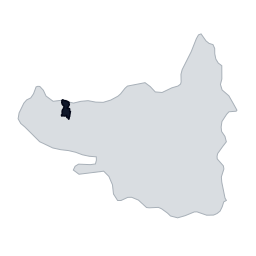 Ramón Santana, San Pedro de Macorís, Dominican Republic shown in context, rotated 178°
{"feature_id": "3306468B54245916691578", "entity_name": "Ramón Santana", "entity_type": "district", "adm_level": 2, "iso_a3": "DOM", "parent_name": "Dominican Republic", "parent_adm1": "San Pedro de Macorís", "projection": "equal_earth", "projection_center": [-69.151, 18.515], "detail": "fine", "context": "in_parent", "style": "filled", "palette": "ink", "viewbox_px": 256, "rotation_deg": 178, "n_neighbors": 0, "source": "geoboundaries", "source_scale": "gbopen_adm2", "svg_char_len": 3698}
<svg xmlns="http://www.w3.org/2000/svg" viewBox="0 0 256 256"><g transform="rotate(178 128 128)"><path d="M32.1,187.0L32.5,173.7L34.1,168.3L32.6,162.7L26.1,156.7L22.0,148.9L18.5,142.0L19.3,141.0L26.5,140.7L29.0,138.2L33.9,131.2L34.9,125.6L34.6,121.3L31.4,116.2L30.2,110.8L34.1,106.1L39.3,99.3L40.0,96.6L39.9,94.0L34.0,86.8L33.6,83.7L36.4,75.9L36.2,70.7L33.5,54.6L32.2,52.2L34.9,50.8L36.6,46.0L38.9,41.7L42.0,39.4L45.5,38.0L52.4,38.1L62.0,41.8L64.7,41.8L73.9,38.4L81.5,36.5L88.6,38.6L91.5,41.6L97.4,46.2L100.4,47.6L109.7,47.5L112.3,47.9L120.1,55.6L126.7,58.6L130.6,58.7L137.5,55.8L140.9,55.9L144.8,62.5L145.5,71.8L148.8,80.3L153.8,85.7L178.6,83.5L184.1,87.9L182.2,91.6L178.7,93.6L166.9,92.7L161.8,93.2L160.7,96.9L160.7,100.3L167.6,101.1L174.4,102.8L181.2,105.6L188.2,107.5L196.1,108.7L203.9,110.7L216.8,117.4L231.1,132.7L235.0,136.2L237.5,141.0L236.3,146.9L231.2,156.5L228.3,159.6L224.1,161.5L221.2,165.5L218.4,172.3L216.7,172.8L214.7,172.6L211.3,168.7L208.8,162.8L201.9,157.3L193.7,158.0L181.6,154.8L174.2,156.3L166.9,156.7L159.4,155.0L151.9,154.5L144.3,156.5L137.0,160.1L134.3,162.3L129.6,167.8L127.1,169.9L109.4,172.7L104.3,168.6L99.5,163.1L92.7,162.3L82.8,166.6L76.6,168.2L74.0,170.0L73.3,172.1L73.2,179.8L71.8,184.5L62.1,202.2L56.6,214.8L54.3,218.6L51.7,219.5L47.0,212.3L44.0,209.7L40.2,208.4L38.6,204.5L38.7,199.1L37.8,193.8L35.5,189.7L32.1,187.0Z" fill="#d9dde1" stroke="#a8b0b8" stroke-width="1"/><path d="M187.0,139.0L186.8,139.0L186.7,139.1L186.6,139.3L186.6,139.8L186.5,140.1L186.4,140.2L186.4,140.4L186.4,140.9L186.4,141.1L186.0,141.5L185.9,141.6L185.9,141.8L185.9,142.1L185.9,142.3L185.8,142.6L185.7,142.8L185.7,143.4L185.7,143.6L185.6,143.8L185.4,144.1L185.4,144.3L185.4,144.5L185.4,144.8L185.3,145.3L185.2,145.6L185.2,145.9L185.0,146.2L185.0,146.4L185.3,146.4L185.5,146.3L185.7,146.5L185.7,149.0L185.8,149.4L186.0,149.5L186.5,149.7L186.8,149.8L187.2,149.7L187.3,149.6L187.7,149.6L187.9,149.6L188.0,149.7L188.1,149.8L188.0,150.5L187.9,150.7L187.7,150.8L187.3,151.1L187.1,151.2L186.8,151.7L186.5,152.0L186.4,152.4L186.1,152.8L185.9,153.2L185.9,153.3L185.8,153.9L186.0,154.0L186.2,154.4L186.2,154.5L186.2,154.8L186.3,154.8L186.3,155.0L186.4,155.3L186.2,155.4L186.1,155.5L186.3,155.7L186.3,155.8L186.5,155.9L186.6,156.0L186.8,156.2L186.9,156.3L187.0,156.3L187.2,156.5L187.3,156.5L187.5,156.5L187.8,156.7L187.8,156.8L188.0,156.9L188.1,157.0L188.3,157.0L188.5,157.1L188.8,157.2L188.9,157.3L189.0,157.3L189.3,157.4L189.5,157.4L189.5,157.5L189.8,157.5L190.3,157.6L190.5,157.5L190.8,157.6L191.0,157.7L191.1,157.8L191.3,157.8L191.5,157.9L191.5,158.0L191.8,158.1L192.0,158.2L192.0,158.3L192.3,158.3L192.5,158.4L192.9,158.0L193.0,157.8L193.2,157.6L193.2,157.3L193.1,157.1L193.0,156.9L193.0,156.7L193.1,156.4L193.3,156.2L193.3,155.9L193.3,155.7L193.2,155.6L192.9,155.2L193.0,154.9L193.1,154.7L193.0,154.3L192.8,154.2L192.7,154.1L192.6,153.6L192.5,153.4L192.3,153.2L192.2,153.2L191.8,152.7L191.7,152.7L191.4,152.4L191.4,152.1L191.2,151.9L191.1,151.7L191.1,151.3L191.2,151.1L191.3,150.9L191.4,150.7L191.5,150.5L191.7,150.3L191.7,150.2L191.8,149.9L192.0,149.4L192.1,149.2L192.5,148.9L192.6,148.7L192.8,148.5L192.8,148.3L192.9,148.1L193.0,147.7L193.3,147.2L193.2,146.9L193.2,146.7L193.2,146.4L193.3,146.1L193.3,145.9L193.2,145.5L193.2,145.3L193.2,145.0L193.3,144.7L193.2,144.3L193.2,144.1L193.3,143.8L193.9,143.5L194.0,143.4L194.0,143.1L193.9,143.0L194.0,142.9L194.0,142.7L193.9,142.4L191.6,142.4L191.2,142.2L190.8,142.2L190.2,142.2L189.8,142.3L189.5,142.4L189.4,142.5L189.2,142.8L188.9,142.7L188.9,142.4L189.0,142.2L188.9,141.8L188.9,141.6L188.8,141.4L188.7,140.9L188.7,140.7L187.7,140.1L187.3,139.7L187.1,139.4L187.0,139.2L187.0,139.0Z" fill="#0f172a" stroke="#020617" stroke-width="1.5"/></g></svg>